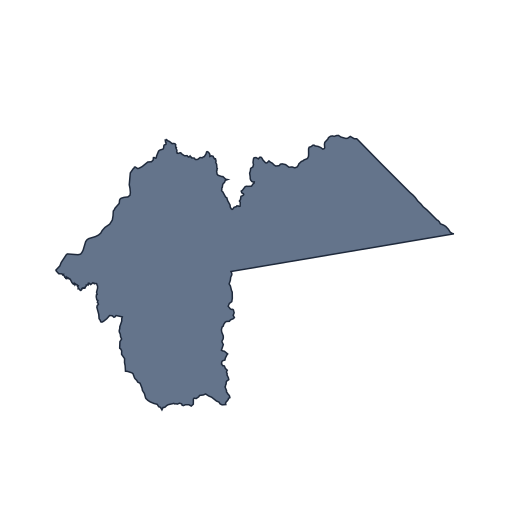 outline of Ituango, Antioquia, Colombia, rotated 165°
{"feature_id": "7082276B28262525732127", "entity_name": "Ituango", "entity_type": "district", "adm_level": 2, "iso_a3": "COL", "parent_name": "Colombia", "parent_adm1": "Antioquia", "projection": "robinson", "projection_center": [-75.707, 7.329], "detail": "fine", "context": "isolated", "style": "filled", "palette": "slate", "viewbox_px": 512, "rotation_deg": 165, "n_neighbors": 0, "source": "geoboundaries", "source_scale": "gbopen_adm2", "svg_char_len": 6154}
<svg xmlns="http://www.w3.org/2000/svg" viewBox="0 0 512 512"><g transform="rotate(165 256 256)"><path d="M386.7,131.7L384.9,133.8L384.0,133.5L382.8,133.6L381.1,134.6L379.3,135.1L373.5,134.9L372.9,134.2L371.3,133.9L370.4,133.3L367.9,133.6L366.1,132.4L366.0,131.0L364.9,130.3L362.6,130.6L359.3,129.7L357.4,127.8L354.9,129.1L353.5,134.0L352.6,134.7L350.7,133.8L347.8,134.8L346.6,135.9L342.7,135.4L340.4,135.8L337.9,133.0L335.4,131.1L331.7,126.1L329.6,124.5L329.0,122.5L327.3,121.0L323.6,120.3L323.5,121.8L322.2,123.1L321.7,123.2L319.9,124.6L319.4,125.6L317.9,125.9L317.8,127.6L318.5,129.6L319.1,130.2L319.1,131.1L319.7,132.2L319.3,133.6L319.8,137.6L319.3,138.0L318.5,139.7L318.0,140.0L317.4,141.9L316.8,142.7L314.3,143.6L314.2,145.6L314.8,148.6L314.3,149.8L314.6,151.3L314.2,152.2L313.3,153.1L314.7,155.3L315.0,157.9L315.8,158.5L316.5,158.6L317.3,160.7L316.9,161.1L316.7,162.3L316.0,163.1L315.1,163.5L313.0,163.5L311.9,165.5L309.5,168.2L308.7,168.7L311.2,172.2L313.0,173.1L313.8,173.9L310.5,178.9L311.1,181.9L310.6,183.0L309.2,184.4L308.6,185.9L308.3,187.3L308.8,191.4L308.5,193.7L307.1,196.2L305.7,196.8L305.0,198.2L302.8,200.1L301.4,200.4L298.6,199.8L297.2,200.9L294.2,201.3L292.8,202.1L293.4,204.6L291.8,206.8L291.8,209.8L292.3,210.5L293.6,210.8L294.4,211.4L295.9,214.7L294.0,217.1L291.2,218.2L289.8,221.3L288.3,227.3L288.6,229.0L288.5,233.7L289.2,236.0L287.1,239.1L285.9,242.1L284.2,244.1L283.9,245.5L284.2,247.5L59.1,226.2L60.5,226.9L62.2,228.7L63.3,232.1L65.1,235.5L66.8,237.3L69.6,239.4L70.1,241.5L71.0,243.2L71.9,244.0L79.1,256.5L81.8,260.2L83.3,263.6L85.5,267.2L87.0,271.2L88.6,274.2L90.9,277.5L111.3,312.9L128.1,342.8L128.5,343.2L130.8,343.9L134.0,347.1L137.1,346.0L138.8,346.3L143.3,349.0L145.1,351.1L146.9,351.5L149.5,351.3L151.1,352.2L153.0,352.4L155.3,351.6L156.3,350.4L160.1,348.0L161.0,346.2L161.6,342.8L162.2,342.1L163.8,341.9L165.3,343.9L167.7,345.8L170.4,347.0L171.3,348.1L172.4,348.3L174.4,347.4L176.5,347.3L177.5,345.9L178.9,340.5L179.5,338.7L180.5,337.4L181.6,336.7L184.7,336.4L186.2,335.7L187.7,335.6L190.8,333.9L191.7,332.6L193.4,331.3L195.7,331.1L198.1,332.7L201.2,333.2L203.7,336.6L206.8,338.2L208.7,338.4L209.9,337.4L210.6,337.3L213.7,337.8L214.9,339.1L216.2,341.4L217.9,343.0L218.9,344.5L221.1,343.2L222.0,343.2L222.7,343.6L224.4,346.8L225.0,349.1L225.7,350.2L226.9,350.4L228.6,349.2L230.5,351.1L232.4,351.4L233.3,350.5L234.3,348.1L234.7,347.0L234.8,344.8L235.7,343.4L236.0,342.8L238.5,342.0L239.5,339.5L240.7,337.7L241.1,334.1L241.6,332.0L241.4,330.5L240.7,329.0L239.8,328.3L238.5,328.0L239.1,326.8L240.2,326.4L242.3,324.6L246.0,325.4L246.9,325.8L248.5,325.8L252.1,323.0L253.5,322.5L253.4,320.7L252.0,319.4L252.0,318.4L253.1,317.8L255.1,317.5L256.4,314.5L257.8,313.4L257.3,311.9L258.4,308.3L259.6,308.3L260.1,308.9L261.5,309.4L262.0,308.8L264.6,308.7L266.5,307.2L267.1,307.2L267.7,308.0L268.2,309.9L267.9,312.0L269.1,317.0L269.1,319.8L270.1,320.7L271.5,326.6L272.0,327.2L272.3,328.3L271.7,329.3L271.5,330.5L270.8,331.0L269.7,333.6L268.7,334.6L267.5,335.1L266.1,337.0L263.7,337.2L265.4,338.0L267.4,341.3L268.5,341.6L271.9,343.9L272.0,344.5L272.4,345.1L272.1,348.3L271.6,348.6L271.5,349.4L270.7,350.4L271.0,351.1L270.3,354.6L270.7,357.1L270.0,358.0L270.0,360.4L270.9,360.5L270.9,361.1L271.5,361.9L271.6,363.4L273.1,364.3L274.8,364.1L274.3,365.8L274.5,367.2L275.3,368.8L276.2,369.5L276.8,369.3L277.9,367.5L280.3,365.3L281.2,365.4L282.5,364.8L284.5,365.6L287.3,364.4L289.2,364.7L289.8,365.2L290.2,366.5L292.9,367.5L292.9,368.3L293.7,368.9L293.8,369.7L295.1,369.0L295.8,369.2L296.6,370.8L298.8,371.2L299.5,371.7L301.7,374.3L301.8,375.0L302.5,375.4L304.3,375.2L305.5,375.6L305.4,376.4L305.7,377.1L305.0,378.5L305.4,381.1L304.9,381.4L305.3,381.9L305.1,383.6L304.7,384.3L305.3,385.5L307.0,386.2L307.9,386.2L309.9,389.0L311.6,390.3L312.2,391.6L312.7,391.7L313.2,390.9L313.7,391.2L313.9,389.3L313.5,388.7L314.2,387.1L315.9,387.0L316.5,386.3L317.3,384.2L318.2,383.3L321.4,383.2L322.9,382.6L326.1,378.4L327.0,376.6L327.8,376.5L328.9,377.5L329.6,377.6L330.5,375.3L332.6,374.1L336.2,374.8L342.9,371.8L346.5,371.0L347.7,371.1L349.6,373.2L350.4,373.3L350.9,372.6L352.1,372.0L355.9,368.8L360.0,357.6L360.2,354.1L360.9,349.9L361.9,347.4L364.4,346.2L368.3,346.8L371.3,346.7L372.5,346.2L373.3,345.3L374.5,342.2L379.8,338.7L380.9,337.3L382.2,336.4L383.7,331.8L385.5,327.9L389.1,324.6L394.5,322.7L398.0,320.4L400.0,318.3L402.7,317.0L406.2,316.3L413.0,316.1L414.9,315.5L416.8,314.0L421.6,306.2L423.3,304.4L425.0,303.2L427.6,303.3L437.6,306.8L438.7,306.5L445.9,300.1L448.0,297.2L452.9,294.2L452.6,293.8L452.8,293.2L451.1,289.9L448.1,289.0L447.7,288.3L447.7,287.8L446.7,288.0L446.9,287.4L446.1,285.5L446.2,285.1L445.6,284.9L445.6,283.6L445.3,283.5L444.5,284.4L444.4,283.3L443.5,283.9L443.0,283.4L443.1,282.7L441.9,282.4L441.8,281.7L441.4,281.5L440.7,278.0L439.9,276.3L439.6,276.1L438.9,276.7L438.9,275.8L438.4,275.9L438.4,275.3L437.8,276.0L437.3,275.5L437.3,274.8L436.3,274.6L436.1,273.6L435.5,273.4L436.2,272.7L435.8,272.2L436.3,270.4L435.9,270.4L435.0,269.3L434.6,268.2L434.0,268.1L432.9,268.8L432.7,269.6L432.0,270.0L431.6,269.6L430.5,269.9L430.6,269.4L429.6,269.2L428.4,270.6L427.3,271.3L427.4,271.8L426.5,271.7L425.8,272.2L425.5,271.7L425.0,272.8L424.8,272.4L424.1,272.7L423.9,272.0L423.2,271.9L423.0,271.2L420.4,272.4L419.4,271.1L419.0,271.4L418.6,271.0L417.4,270.8L417.0,270.2L417.1,269.3L416.8,268.0L417.3,266.0L419.4,262.3L419.4,260.0L420.2,259.8L420.9,257.9L421.1,254.8L420.2,254.0L421.3,252.1L420.8,251.5L420.7,250.2L422.3,249.1L423.0,247.6L423.0,240.3L423.8,236.1L423.1,234.2L423.0,232.6L421.9,232.0L420.1,232.4L416.4,234.0L412.8,236.4L410.3,235.5L409.1,233.6L408.0,233.7L406.6,234.7L406.1,234.5L400.9,231.8L402.0,230.0L402.5,227.9L405.9,222.9L406.3,221.4L407.5,219.2L407.7,218.0L407.3,215.6L407.7,213.2L407.3,210.6L409.6,208.5L411.5,202.4L411.5,202.0L410.8,201.4L410.3,199.2L411.3,195.8L409.5,190.9L410.6,187.1L410.8,183.8L411.9,178.5L410.0,177.8L406.2,175.3L405.3,174.2L404.9,169.8L404.5,168.6L403.4,166.8L402.9,164.8L400.9,163.1L400.3,157.7L400.5,155.6L399.4,152.0L399.4,147.5L399.2,146.8L397.8,144.5L396.0,142.5L392.8,140.0L389.8,138.3L389.0,135.6L387.5,134.6L386.7,131.7Z" fill="#64748b" stroke="#1e293b" stroke-width="1.5"/></g></svg>